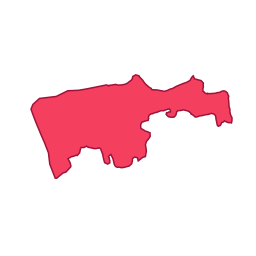 outline of Al-Ghanayem, Asyut, Egypt, rotated 105°
{"feature_id": "37247803B60942546572959", "entity_name": "Al-Ghanayem", "entity_type": "district", "adm_level": 2, "iso_a3": "EGY", "parent_name": "Egypt", "parent_adm1": "Asyut", "projection": "mercator", "projection_center": [31.325, 26.921], "detail": "fine", "context": "isolated", "style": "filled", "palette": "rose", "viewbox_px": 256, "rotation_deg": 105, "n_neighbors": 0, "source": "geoboundaries", "source_scale": "gbopen_adm2", "svg_char_len": 3352}
<svg xmlns="http://www.w3.org/2000/svg" viewBox="0 0 256 256"><g transform="rotate(105 128 128)"><path d="M60.7,78.5L62.1,79.3L63.8,79.9L66.0,80.4L68.8,83.3L71.0,86.6L75.4,92.3L77.6,94.5L78.2,95.1L79.9,97.9L81.5,99.6L83.2,102.4L83.7,109.7L84.0,110.9L84.8,114.8L83.7,115.9L83.7,116.5L83.1,118.2L80.9,122.7L79.2,124.9L78.1,126.0L75.8,129.9L74.7,131.0L74.7,134.4L76.9,136.7L77.5,136.7L79.1,136.7L80.2,136.7L83.0,138.8L84.7,140.1L86.3,141.8L88.0,145.2L89.1,148.5L89.1,151.3L90.2,153.6L91.8,157.5L92.4,157.5L91.9,159.8L101.1,178.4L104.4,185.6L107.6,195.8L116.1,205.5L122.4,221.2L129.8,225.9L134.9,226.6L140.8,222.5L145.9,218.8L154.6,212.1L155.3,211.6L163.6,205.0L172.6,198.4L183.2,194.2L195.3,185.3L194.9,183.8L194.0,183.2L191.1,181.2L189.5,180.0L188.1,179.0L187.0,177.0L186.7,176.6L183.9,175.1L181.2,173.7L180.1,173.2L178.5,173.8L176.6,174.9L175.8,175.6L175.3,176.0L174.7,176.6L174.1,177.2L173.4,178.0L172.9,177.6L172.0,176.9L170.9,175.7L170.3,175.2L170.2,174.8L169.8,174.1L169.4,173.3L167.8,171.1L167.7,169.9L165.0,168.6L164.6,168.3L163.5,168.4L162.3,168.4L160.7,168.5L160.2,168.5L158.8,168.0L158.3,165.5L156.3,163.5L156.9,161.6L156.8,159.6L156.7,157.9L156.7,157.3L156.6,155.6L156.6,154.8L156.3,153.9L155.8,152.8L155.2,151.7L154.7,150.6L155.2,148.9L156.3,148.3L160.2,145.5L161.4,145.0L164.7,143.3L167.5,141.6L168.1,138.3L166.4,136.6L164.2,137.1L162.5,138.2L161.9,138.2L160.8,139.4L160.3,139.4L158.0,137.7L158.6,137.1L160.5,135.5L162.0,134.3L164.2,133.2L166.7,131.8L167.5,131.0L168.1,130.4L168.6,129.3L168.7,128.2L168.1,126.5L168.1,124.2L167.0,121.4L165.9,119.7L165.4,118.6L164.3,116.9L163.5,116.4L163.0,116.1L162.6,115.8L161.5,115.2L158.7,115.2L157.0,115.7L156.5,115.7L154.8,114.6L154.3,113.5L154.3,111.2L157.1,109.6L152.6,106.2L151.1,103.8L145.4,104.3L144.4,104.7L139.4,106.9L138.8,106.8L137.6,106.8L136.1,106.7L135.3,106.3L133.5,105.4L132.6,105.1L130.4,104.4L126.9,105.5L126.9,106.0L126.5,108.3L126.5,109.4L126.5,110.5L126.2,111.4L125.9,112.2L125.4,113.9L125.4,114.5L124.8,115.6L123.1,116.1L121.5,116.7L119.2,116.1L118.7,116.1L118.1,115.0L116.5,112.7L115.4,110.5L113.2,110.5L112.6,111.0L110.9,111.0L110.4,111.0L108.2,109.3L108.2,108.7L107.6,107.6L106.5,106.5L105.4,104.2L103.7,102.0L102.6,100.3L102.1,98.0L100.4,95.8L98.8,93.0L99.3,92.4L99.9,91.8L100.5,91.3L101.6,91.3L101.6,91.8L102.1,93.0L102.7,93.5L103.2,94.1L103.2,94.7L103.8,94.7L104.3,94.7L104.9,94.7L105.4,94.1L106.6,91.9L106.6,90.2L106.0,87.4L105.5,86.3L103.3,85.1L102.7,85.1L99.4,85.1L98.3,84.0L97.7,82.3L97.2,81.1L96.6,80.0L96.1,78.9L96.1,76.6L96.1,74.4L96.6,72.7L97.2,71.6L97.8,71.0L98.3,70.5L98.3,69.4L99.4,67.1L100.0,66.0L99.5,64.3L97.8,62.0L96.7,59.2L95.6,57.5L93.9,53.6L92.3,51.3L92.3,48.5L92.9,47.4L94.0,46.3L95.6,45.7L96.8,45.2L102.3,42.4L102.9,41.3L102.2,40.1L101.8,39.6L99.6,39.0L98.5,39.0L97.4,37.3L96.2,36.7L96.8,33.4L96.8,31.8L96.3,30.6L96.3,29.4L94.6,29.4L91.8,30.0L90.7,30.5L89.6,31.7L89.1,32.0L87.9,32.8L85.7,33.9L83.5,34.4L81.8,35.5L81.2,36.1L80.7,36.1L77.3,37.2L72.9,38.9L71.2,38.9L70.1,40.0L68.4,41.1L67.3,43.3L67.3,43.9L67.3,45.0L67.8,46.2L68.9,47.8L70.1,49.0L70.6,50.7L71.7,52.4L72.3,54.0L73.9,58.6L73.9,60.2L74.5,60.2L74.4,61.4L74.4,62.5L73.3,64.2L73.3,64.7L72.8,65.3L72.2,65.3L71.1,65.8L68.9,65.8L67.2,66.4L65.0,66.9L64.4,68.1L63.9,68.6L63.3,69.7L63.3,70.9L63.3,73.1L63.3,75.4L63.3,76.5L61.0,78.2L60.7,78.5Z" fill="#f43f5e" stroke="#9f1239" stroke-width="1.5"/></g></svg>